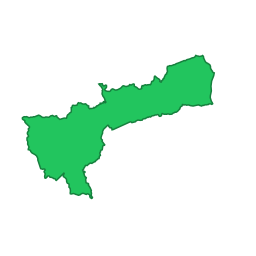 Araguaína, Tocantins, Brazil, rotated 158°
{"feature_id": "56859067B12286384319229", "entity_name": "Araguaína", "entity_type": "district", "adm_level": 2, "iso_a3": "BRA", "parent_name": "Brazil", "parent_adm1": "Tocantins", "projection": "orthographic", "projection_center": [-48.582, -7.252], "detail": "fine", "context": "isolated", "style": "filled", "palette": "green", "viewbox_px": 256, "rotation_deg": 158, "n_neighbors": 0, "source": "geoboundaries", "source_scale": "gbopen_adm2", "svg_char_len": 5971}
<svg xmlns="http://www.w3.org/2000/svg" viewBox="0 0 256 256"><g transform="rotate(158 128 128)"><path d="M27.4,146.8L28.3,147.6L28.6,148.3L28.4,149.0L28.9,150.2L28.8,151.1L29.1,151.8L29.1,152.4L28.4,154.4L28.5,156.1L29.2,157.1L29.7,157.6L29.8,158.1L30.9,159.1L31.5,160.8L31.6,163.8L31.8,164.3L31.3,165.5L31.4,166.7L31.7,167.3L32.9,167.1L35.3,167.7L36.1,168.5L36.9,168.8L37.9,169.9L39.7,168.7L40.8,168.7L42.5,169.0L45.0,168.9L47.7,169.3L49.7,168.9L50.7,169.5L53.4,169.4L53.8,169.6L54.8,169.3L55.9,169.5L56.6,169.4L59.3,169.6L60.5,169.2L61.7,169.5L64.4,169.5L66.0,170.2L67.6,170.1L68.3,170.3L68.9,169.6L69.5,168.5L70.3,165.5L71.7,164.3L71.9,163.7L73.2,163.5L75.8,161.1L76.1,160.5L77.3,160.3L77.6,159.6L79.1,159.2L79.5,158.5L80.1,158.1L80.7,158.6L81.1,159.4L80.4,160.2L81.1,162.1L81.9,162.9L83.5,166.0L84.0,166.0L84.5,165.4L85.6,163.2L86.9,162.3L87.5,162.1L88.1,162.3L88.8,162.1L89.0,161.6L90.6,159.9L91.1,159.7L92.0,160.3L93.2,160.5L93.9,160.8L94.7,160.7L95.5,161.5L97.0,161.7L97.9,161.3L99.0,162.0L100.2,160.8L100.5,159.5L101.1,159.4L102.4,159.5L103.3,159.8L103.7,160.3L104.8,162.6L105.7,163.4L106.5,164.5L106.0,165.6L105.9,166.3L106.2,166.7L107.7,166.9L108.7,166.6L109.3,166.8L110.0,167.6L110.5,167.5L110.8,167.1L111.5,166.8L114.0,167.1L115.1,167.7L116.1,168.7L116.6,168.9L117.2,168.9L119.9,167.7L123.3,167.4L125.1,167.7L125.6,168.0L127.5,170.0L129.0,170.0L130.2,169.1L131.3,168.8L133.8,170.0L135.1,171.3L135.3,172.2L134.2,173.0L132.9,173.6L132.5,174.1L132.0,175.6L132.9,176.2L134.3,175.9L134.8,176.1L135.4,177.1L135.2,177.9L135.3,178.7L136.3,179.0L137.9,179.7L138.6,179.7L137.9,177.4L137.4,176.8L137.3,176.1L137.4,175.5L137.1,174.9L137.0,173.5L137.2,172.8L137.9,172.4L138.0,171.6L139.3,169.3L139.3,166.8L138.8,165.1L138.8,163.8L138.7,163.1L139.0,162.6L138.8,160.3L139.6,159.9L140.3,160.5L140.1,161.2L140.4,161.5L140.9,161.6L142.0,160.4L142.4,160.8L143.2,160.9L143.7,160.6L144.0,161.2L144.4,161.4L144.7,160.5L145.3,160.7L147.4,160.1L148.9,160.2L149.2,159.6L149.8,159.7L150.4,159.4L151.3,159.4L151.9,159.8L152.2,159.2L155.1,159.9L155.6,160.3L156.3,160.2L156.5,160.9L156.9,161.2L156.9,162.2L156.4,162.6L156.2,163.2L156.7,163.4L156.8,163.9L157.3,164.2L158.1,166.1L158.7,166.5L159.5,166.5L160.6,167.0L161.6,167.8L162.3,168.9L164.0,169.5L164.4,170.0L165.1,169.8L166.8,168.3L169.1,168.9L170.4,169.7L171.0,169.7L172.4,168.1L173.0,168.2L174.2,164.9L174.9,164.0L176.7,163.7L177.4,163.2L178.9,162.8L179.5,162.5L181.4,160.1L183.2,161.0L184.0,161.2L188.0,161.5L189.7,164.8L189.6,165.9L190.0,166.3L191.5,166.2L192.3,166.5L193.2,167.9L195.2,168.2L197.0,167.6L197.6,167.7L200.0,169.0L201.2,169.0L201.8,169.2L203.3,169.9L205.0,172.4L205.9,173.3L206.4,173.4L210.5,173.4L211.2,173.8L212.9,173.9L214.0,174.5L215.4,174.5L216.0,174.7L217.7,176.5L219.0,176.8L220.1,177.4L222.0,177.1L222.4,176.4L222.5,175.8L222.0,174.8L220.9,173.5L221.3,172.5L221.3,171.7L220.8,170.5L220.7,169.9L220.3,169.5L219.9,168.3L219.3,167.4L218.9,165.8L219.8,164.9L220.8,164.5L221.1,162.7L222.7,161.7L223.3,160.9L223.5,159.7L223.3,159.1L223.2,157.8L223.5,157.3L225.0,157.0L225.5,156.3L226.2,154.5L226.0,153.4L226.4,152.0L227.1,150.7L226.9,147.4L227.9,146.5L228.6,145.3L227.3,144.3L226.9,143.7L227.0,142.7L226.4,140.9L224.0,137.9L223.2,136.3L223.0,133.6L223.6,132.1L224.2,123.0L222.5,121.7L221.2,121.5L220.5,120.8L220.7,119.9L221.6,119.5L222.1,119.0L222.2,118.5L221.9,116.9L222.1,116.3L223.4,114.4L223.7,113.2L223.7,112.6L223.1,112.3L222.6,112.4L221.7,112.7L221.0,113.4L220.2,113.5L219.4,113.3L219.0,112.7L218.8,111.6L217.3,110.8L216.5,110.0L215.7,108.8L215.0,108.5L214.5,108.0L214.5,106.9L214.2,106.3L213.4,106.5L203.8,110.4L206.0,107.8L206.1,107.0L205.5,106.4L204.4,104.3L204.4,102.9L204.9,101.6L205.0,100.4L204.9,99.6L203.8,98.3L203.9,97.4L204.9,95.3L204.4,94.0L204.3,93.4L204.8,92.0L204.8,91.5L206.0,89.3L206.1,88.6L205.4,88.1L203.2,87.7L202.2,87.0L201.3,86.0L200.8,85.7L199.1,84.2L197.5,84.0L195.8,84.5L194.4,84.4L193.4,83.8L192.0,82.4L191.4,82.0L190.8,82.2L190.1,82.2L189.1,81.1L188.8,80.5L188.6,79.6L189.0,79.1L189.1,77.6L188.1,76.3L187.3,76.5L186.9,77.1L187.3,77.8L187.3,78.8L187.2,79.6L186.3,81.1L185.9,83.4L185.4,83.8L185.5,87.0L186.1,90.1L185.5,90.7L185.7,91.5L187.3,92.8L187.3,93.6L187.0,94.2L186.7,95.9L185.3,97.5L185.4,97.9L185.9,98.0L185.9,98.8L186.2,99.5L185.9,103.3L185.3,102.8L184.7,102.9L184.3,103.3L184.5,103.9L185.7,104.8L185.8,106.0L184.4,106.6L184.1,107.2L182.4,108.3L181.8,109.0L181.2,109.2L179.9,108.5L177.9,109.3L176.8,109.4L176.2,109.7L174.7,108.7L174.0,109.0L172.6,109.0L171.5,109.4L171.0,109.1L169.4,110.1L168.3,110.2L167.3,110.8L166.4,110.5L166.0,110.9L165.3,112.2L164.9,112.6L163.8,113.0L163.6,115.3L163.0,115.9L162.4,116.1L162.1,117.0L161.3,117.6L160.3,117.4L159.9,117.7L158.4,120.3L157.9,120.8L157.0,121.1L156.4,120.8L155.9,121.1L157.0,125.4L156.3,126.4L156.8,127.7L156.8,128.9L155.0,131.3L153.5,132.7L152.9,134.3L151.1,136.0L146.4,137.9L145.5,138.1L145.1,137.5L145.2,136.5L144.5,134.8L143.4,134.5L143.2,133.7L143.5,132.3L142.4,132.1L124.0,132.9L123.1,132.7L122.4,131.5L118.6,131.0L117.8,131.6L115.8,131.6L113.8,130.5L111.8,130.0L111.1,130.6L110.3,130.7L109.7,130.7L108.8,130.2L105.9,130.7L105.5,130.3L103.9,130.5L103.6,130.1L103.2,129.8L102.6,129.8L102.0,130.1L100.8,130.2L99.4,129.8L97.9,129.9L96.9,129.5L95.6,129.4L95.1,129.1L94.8,128.6L94.7,127.5L94.5,127.1L93.8,126.8L92.5,126.9L91.5,128.2L90.9,128.6L90.0,127.7L88.9,127.0L87.9,126.7L86.9,126.2L86.2,126.3L84.8,125.6L84.4,125.1L82.1,124.4L80.3,125.0L79.7,124.8L78.4,125.1L78.1,124.8L77.3,124.6L75.7,124.9L74.5,125.6L73.2,126.0L72.7,126.4L72.7,126.9L72.0,127.2L71.5,127.8L70.8,128.1L70.1,128.0L69.5,128.3L68.7,129.4L68.1,129.1L67.9,128.6L67.4,128.3L66.3,128.3L65.3,127.3L63.2,126.7L61.8,125.4L59.4,124.0L53.7,123.0L53.5,122.4L51.5,120.8L50.2,121.0L49.2,120.5L48.7,120.7L47.2,120.4L46.7,120.1L45.6,120.0L45.2,119.7L44.5,119.7L43.8,120.0L42.3,119.4L41.4,118.5L40.4,118.8L40.4,119.6L40.7,121.8L40.4,125.2L39.6,127.0L36.8,131.2L35.4,135.7L32.8,140.3L29.0,144.3L27.4,146.8Z" fill="#22c55e" stroke="#15803d" stroke-width="1.5"/></g></svg>